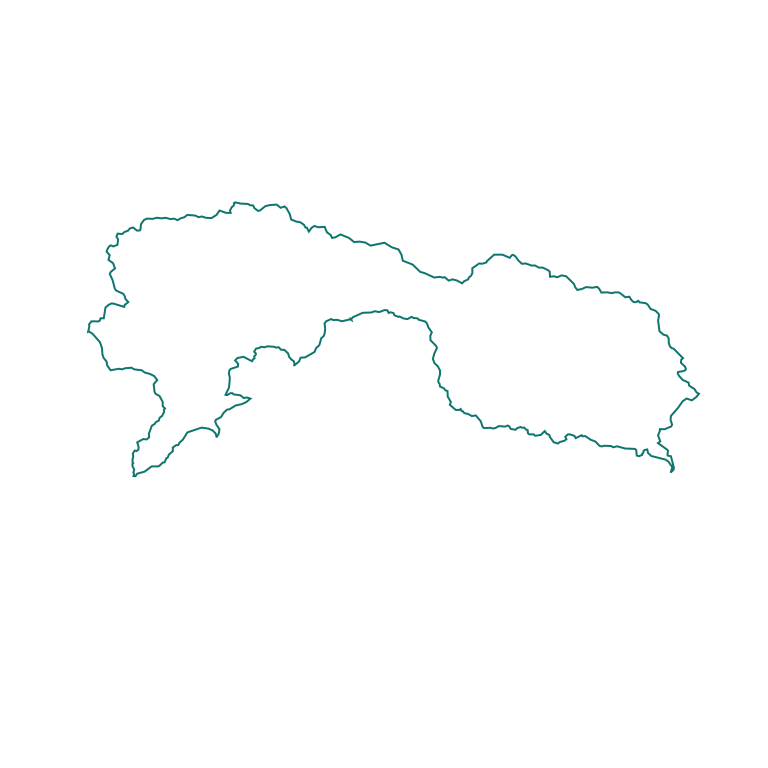 Loja, Loja, Ecuador, rotated 287°
{"feature_id": "8360857B45302823884127", "entity_name": "Loja", "entity_type": "district", "adm_level": 2, "iso_a3": "ECU", "parent_name": "Ecuador", "parent_adm1": "Loja", "projection": "orthographic", "projection_center": [-79.286, -4.091], "detail": "fine", "context": "isolated", "style": "outline", "palette": "teal", "viewbox_px": 768, "rotation_deg": 287, "n_neighbors": 0, "source": "geoboundaries", "source_scale": "gbopen_adm2", "svg_char_len": 6119}
<svg xmlns="http://www.w3.org/2000/svg" viewBox="0 0 768 768"><g transform="rotate(287 384 384)"><path d="M383.3,453.1L380.2,460.2L381.2,463.6L382.5,464.6L380.9,466.0L381.0,467.4L380.0,468.4L379.6,470.7L380.0,472.8L379.0,477.5L380.8,480.9L376.6,487.5L372.0,490.7L371.1,492.5L373.3,498.9L373.2,501.0L374.5,503.5L377.3,506.0L378.7,512.4L380.4,514.3L380.2,516.0L378.1,518.3L378.7,523.2L380.7,524.3L382.8,527.1L382.5,528.5L383.3,530.9L382.0,533.0L382.0,534.8L379.0,536.0L378.3,537.8L379.6,541.7L378.7,543.7L381.1,548.8L386.0,551.5L384.1,553.9L383.6,557.0L381.8,558.2L377.9,563.3L377.9,567.7L379.9,569.1L382.6,573.3L384.5,574.6L386.5,572.8L389.4,574.4L390.1,575.7L390.1,581.2L388.3,583.1L392.8,588.0L392.0,589.1L393.0,591.7L391.1,598.1L390.8,603.0L387.8,608.3L388.1,610.9L389.2,612.3L391.1,619.5L390.5,621.7L392.6,625.2L392.8,633.4L395.3,642.9L394.6,644.5L389.5,646.6L389.5,649.0L391.7,651.6L392.8,651.3L394.1,652.2L395.8,651.8L397.0,652.4L398.4,654.9L395.2,656.7L393.3,660.7L394.0,675.1L393.0,678.6L388.7,684.1L383.1,684.0L386.5,685.9L388.7,685.7L398.8,679.5L398.5,676.3L399.9,675.5L403.0,675.2L403.9,674.2L407.6,663.3L410.0,664.9L415.0,661.1L419.7,661.5L421.5,661.0L422.8,665.6L427.4,671.1L429.4,671.4L433.3,668.6L437.3,667.7L446.7,672.0L454.9,674.7L458.6,677.7L458.4,683.2L462.9,686.5L466.8,688.0L467.3,685.4L470.0,682.3L471.6,676.4L474.4,674.8L475.2,668.5L478.1,663.6L480.3,661.7L481.5,661.7L484.0,666.8L485.5,668.2L486.7,668.3L488.6,666.8L491.1,661.8L494.1,661.1L496.1,662.4L502.5,650.6L502.5,648.5L503.4,646.6L506.3,644.4L510.9,642.9L513.0,640.5L512.9,636.8L515.0,632.0L524.7,627.6L530.2,626.9L531.3,626.2L533.4,622.3L533.7,617.0L537.2,612.8L537.8,610.4L536.8,604.5L537.9,602.9L535.9,600.9L535.3,598.7L536.8,595.8L539.2,593.2L537.5,589.4L540.1,582.8L540.1,581.1L538.9,577.5L537.5,575.5L537.0,570.9L535.0,565.1L538.0,561.9L539.2,559.4L537.0,555.1L535.8,549.0L532.6,545.3L530.5,541.4L532.4,538.6L535.3,536.3L540.3,526.6L539.8,522.1L536.8,518.5L536.6,514.8L535.1,511.4L539.9,509.6L540.8,507.7L541.7,501.6L540.6,498.2L541.5,493.6L540.4,490.6L540.7,484.3L539.3,480.8L541.3,476.5L544.4,472.5L545.3,469.7L544.7,468.7L541.4,467.3L542.3,459.5L539.9,451.5L531.7,446.6L530.2,446.4L527.7,442.7L527.1,439.8L520.5,434.6L515.9,436.1L513.0,435.6L510.7,434.1L508.7,433.9L505.6,430.5L503.1,429.3L504.3,423.6L504.1,419.0L501.8,415.6L503.9,410.8L503.0,409.4L502.7,405.8L500.5,401.0L501.9,390.5L501.8,385.9L506.6,376.4L507.4,365.9L512.6,363.0L516.9,358.6L517.0,351.7L519.2,343.1L512.4,330.7L513.8,324.7L513.0,318.9L511.0,313.9L513.4,308.0L514.3,298.7L510.0,294.5L508.5,291.7L511.0,289.3L512.3,285.2L516.9,281.3L514.6,275.1L514.8,271.2L512.2,269.1L507.8,267.6L510.9,264.6L510.7,263.1L512.8,261.0L514.2,256.8L513.7,252.6L514.2,247.1L518.8,244.3L523.5,239.5L524.7,237.0L522.3,233.6L524.2,228.9L521.7,222.4L519.3,218.5L513.9,214.8L512.7,213.1L514.3,208.6L516.5,206.7L515.8,203.8L516.4,201.1L514.6,194.2L514.2,188.6L513.0,187.6L512.3,188.2L510.3,187.9L508.6,186.7L504.8,186.0L502.8,187.3L501.5,183.0L501.8,176.0L496.7,174.4L492.3,170.6L490.9,165.3L490.9,160.7L489.3,157.9L489.9,154.3L488.2,146.5L485.1,144.3L483.1,141.2L480.3,138.7L480.8,135.0L479.3,131.7L479.1,126.5L477.4,123.0L476.6,118.2L474.3,114.5L472.8,108.8L470.6,106.5L465.9,104.9L460.5,105.9L459.4,105.5L458.5,102.9L460.3,98.3L458.5,95.5L455.8,94.4L453.4,91.3L450.9,89.8L449.9,85.3L446.5,85.1L444.7,87.4L439.2,88.4L436.4,84.9L436.7,82.1L434.9,80.8L431.8,80.1L429.5,80.0L427.0,84.0L422.2,84.2L420.3,89.6L415.9,93.0L411.2,89.9L409.0,89.6L404.1,94.0L396.2,98.9L395.0,100.8L394.0,108.2L392.4,110.2L389.7,111.9L387.6,115.5L383.5,112.8L381.8,113.0L381.8,101.6L381.3,99.8L379.2,97.5L375.7,95.3L364.9,96.8L364.0,93.8L361.3,93.6L360.4,92.7L358.4,85.9L354.8,84.5L352.8,85.4L347.4,85.8L347.9,86.5L346.9,90.5L340.9,100.2L335.7,103.9L329.9,106.1L326.9,108.3L324.4,112.1L320.7,114.0L317.2,118.5L321.0,125.9L321.5,129.3L323.4,131.9L325.7,137.6L325.0,141.2L326.3,148.2L325.0,152.0L325.2,157.0L324.4,161.9L321.5,166.0L316.5,163.8L309.3,166.9L307.8,168.6L306.9,172.8L302.2,177.6L298.1,178.9L296.6,181.7L294.8,181.1L293.1,181.9L288.6,181.1L286.1,179.3L283.3,179.4L280.7,176.9L279.0,176.5L276.2,174.2L267.5,173.7L264.4,175.0L261.6,173.3L261.0,169.9L256.1,165.1L251.5,168.0L249.4,168.3L247.6,167.1L247.4,165.0L244.0,164.2L240.7,165.6L238.6,165.5L235.6,166.5L235.0,167.3L234.1,166.8L232.0,167.4L229.0,170.2L226.2,170.2L224.9,171.3L222.7,171.4L223.2,173.3L226.1,174.2L230.2,180.7L237.2,185.8L239.1,191.9L240.0,193.1L244.2,195.4L244.9,197.1L249.2,197.5L250.3,198.6L253.7,199.0L258.0,201.7L261.5,200.6L264.6,203.0L265.6,205.2L267.9,205.5L272.2,208.0L280.2,210.1L288.9,222.2L290.0,229.1L289.5,233.6L287.5,237.4L284.6,239.3L285.0,239.8L288.5,240.5L292.8,239.8L295.7,236.0L298.6,233.6L300.5,233.6L304.7,237.8L309.9,239.2L313.5,241.3L314.8,243.8L320.1,248.4L323.1,253.8L326.5,257.6L331.0,260.5L331.0,256.8L329.6,254.0L331.2,250.0L330.1,243.1L330.9,241.7L330.3,239.8L327.4,237.1L327.3,235.6L335.3,236.8L344.8,234.8L348.7,232.6L351.7,232.2L353.5,232.9L358.0,239.2L360.6,238.7L363.0,234.7L366.0,236.2L368.9,241.6L367.2,251.2L369.4,251.6L370.7,252.7L372.5,251.8L374.5,252.8L375.7,252.6L376.9,250.4L380.5,251.3L381.9,254.1L383.6,255.5L384.3,259.3L385.9,261.4L387.4,267.6L387.3,270.2L388.4,272.5L386.7,275.4L387.5,278.9L385.1,283.4L382.2,285.4L380.4,288.1L379.4,291.1L376.9,292.7L375.0,292.4L380.7,296.2L384.7,296.5L386.4,300.8L394.3,308.2L398.6,308.6L402.2,310.8L409.5,310.6L412.0,312.2L414.4,312.5L419.4,311.7L424.6,309.4L427.0,310.3L430.7,314.5L430.3,316.5L431.7,320.7L431.7,325.5L436.0,332.8L435.7,334.0L436.8,333.0L437.0,334.0L438.9,334.8L445.9,342.9L448.7,351.0L450.9,353.9L451.4,358.4L454.9,363.0L455.4,365.8L453.3,367.6L454.5,369.3L454.6,372.4L452.8,373.8L452.4,378.2L453.1,379.1L452.4,383.2L452.9,387.4L456.3,390.8L455.7,393.0L456.4,395.6L456.4,397.4L455.6,398.4L455.8,405.1L454.7,407.2L451.1,409.9L447.4,414.6L443.4,414.2L439.4,415.7L435.9,422.3L434.1,424.1L427.6,423.2L422.3,423.4L418.6,426.3L416.8,430.1L413.4,433.6L409.4,434.8L402.9,434.9L401.6,435.5L400.3,437.2L398.0,438.3L397.3,442.8L395.9,444.5L395.8,446.8L390.6,448.6L386.4,453.2L383.3,453.1Z" fill="none" stroke="#0f766e" stroke-width="2"/></g></svg>